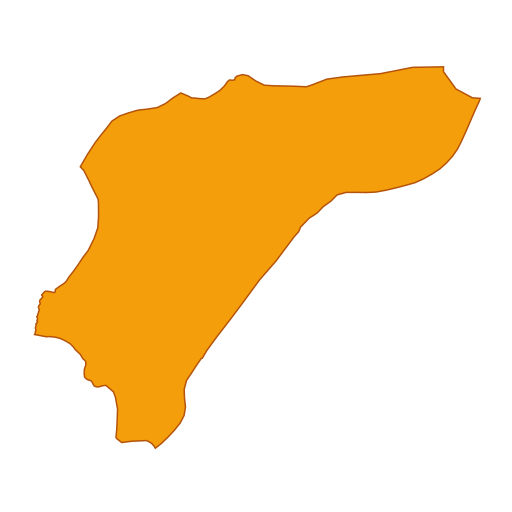 Al Musaymir, Lahij, Yemen, rotated 272°
{"feature_id": "15242507B89977564794878", "entity_name": "Al Musaymir", "entity_type": "district", "adm_level": 2, "iso_a3": "YEM", "parent_name": "Yemen", "parent_adm1": "Lahij", "projection": "natural_earth1", "projection_center": [44.562, 13.43], "detail": "fine", "context": "isolated", "style": "filled", "palette": "amber", "viewbox_px": 512, "rotation_deg": 272, "n_neighbors": 0, "source": "geoboundaries", "source_scale": "gbopen_adm2", "svg_char_len": 3692}
<svg xmlns="http://www.w3.org/2000/svg" viewBox="0 0 512 512"><g transform="rotate(272 256 256)"><path d="M60.4,162.1L65.0,167.6L71.4,173.9L78.6,180.2L86.2,185.9L94.1,189.7L102.7,190.8L111.5,189.5L120.2,188.9L129.2,190.9L136.5,195.5L144.1,200.0L151.6,204.8L152.0,205.9L159.8,210.1L174.8,220.3L191.3,232.2L207.5,243.5L232.4,260.5L252.0,276.4L276.1,293.1L281.8,297.8L286.4,299.5L295.5,307.6L301.1,315.6L307.8,321.6L313.4,328.9L319.9,334.9L322.7,343.9L323.1,354.0L323.3,364.0L324.1,373.7L326.3,383.7L329.0,393.5L331.8,403.0L334.8,412.3L339.0,420.8L343.8,428.6L349.4,436.6L355.9,443.3L362.7,449.0L370.0,453.7L378.0,457.4L386.5,460.9L394.8,464.2L402.8,467.3L411.1,470.6L419.1,474.0L421.4,474.6L421.6,466.9L429.3,451.2L429.8,450.1L446.8,436.9L451.6,436.8L450.0,405.8L442.6,374.1L438.0,336.7L435.2,320.5L434.2,318.3L428.6,305.1L426.9,300.5L426.9,298.4L427.0,288.1L426.9,278.2L426.7,268.0L427.0,258.3L430.9,249.7L435.9,241.8L436.8,236.1L435.1,230.7L433.5,229.0L431.3,228.5L430.8,226.0L431.0,223.3L429.1,221.3L424.7,218.4L420.2,214.1L416.5,208.9L415.6,207.4L413.0,203.3L411.3,199.6L411.3,194.9L411.7,189.5L411.7,186.2L413.4,182.8L416.3,175.2L411.0,167.3L405.3,160.4L400.9,152.1L399.0,142.3L397.6,132.7L394.6,123.6L391.2,114.9L385.9,107.4L378.3,102.0L371.0,96.5L363.7,91.3L351.8,84.1L339.0,77.3L335.5,80.9L335.4,81.0L324.4,87.0L319.4,89.5L308.1,95.8L307.3,96.2L303.8,96.7L289.9,97.3L278.6,96.9L267.8,93.6L255.5,88.0L248.9,83.3L242.3,79.3L235.3,74.8L228.7,69.9L223.4,66.8L223.3,66.6L221.8,64.9L220.7,63.5L220.1,62.5L219.7,61.9L219.0,61.0L218.0,59.7L216.7,58.1L216.0,57.2L215.6,56.7L215.0,56.6L214.5,56.6L214.0,56.6L213.9,56.6L213.4,56.6L212.7,56.2L212.5,55.9L212.4,55.5L212.5,55.1L212.6,54.6L213.4,50.0L213.3,49.3L213.5,48.6L213.5,47.6L213.5,47.0L213.3,46.6L213.1,46.2L212.7,45.8L212.4,45.5L211.9,45.0L211.5,44.7L210.9,44.3L210.5,44.0L210.1,43.6L209.9,43.4L209.8,43.2L209.5,43.2L209.4,43.2L209.1,43.3L208.5,43.9L208.2,44.2L207.9,44.3L207.6,44.2L206.9,43.8L206.5,43.5L206.3,43.2L205.8,42.9L205.5,42.5L204.9,42.0L204.4,41.7L204.0,41.4L203.5,41.4L202.8,41.4L202.0,41.6L201.4,41.8L200.8,42.1L200.2,41.8L199.7,41.4L199.2,41.0L198.7,40.6L197.9,40.4L197.5,40.3L197.0,40.4L196.2,40.6L195.7,40.9L195.2,41.1L194.6,41.2L194.2,41.3L193.8,41.3L193.4,40.9L192.9,40.7L192.4,40.6L191.7,40.5L190.7,40.2L190.2,40.0L189.7,39.9L189.3,39.9L188.7,39.7L188.4,39.5L188.0,39.3L187.8,39.1L187.6,39.0L187.3,39.1L187.1,39.4L186.8,39.7L186.6,39.8L185.9,39.8L185.4,39.8L184.9,39.6L184.5,39.5L184.1,39.5L183.8,39.4L183.5,39.7L183.4,39.8L183.1,39.8L182.7,39.7L182.4,39.4L182.2,39.4L181.9,39.4L181.7,39.5L181.4,39.4L181.2,39.2L180.8,38.7L180.5,38.5L180.3,38.4L180.0,38.4L179.8,38.5L179.5,38.6L179.2,38.7L178.8,38.7L178.4,38.6L178.0,38.5L177.4,38.3L177.0,38.1L176.6,38.0L175.7,38.2L175.3,38.3L174.8,38.4L174.3,38.6L174.0,38.7L173.5,38.5L173.1,38.2L172.8,38.1L172.5,38.1L172.2,38.2L171.5,38.2L169.8,37.4L167.9,49.8L168.2,50.7L168.2,52.9L168.1,54.1L168.1,55.8L167.7,59.3L166.7,63.2L165.4,66.6L163.6,70.2L161.8,73.4L158.9,76.5L157.7,77.5L156.5,78.3L154.3,80.7L152.1,83.3L150.0,84.9L148.7,85.7L147.4,86.4L146.8,87.3L146.1,88.2L145.6,88.5L144.7,89.4L143.7,89.6L142.6,89.7L141.0,89.7L138.5,88.9L136.5,88.4L134.2,88.4L132.5,88.4L130.9,88.6L130.1,88.7L129.1,88.9L127.5,90.4L126.7,91.7L126.2,92.9L126.2,93.9L125.1,95.9L124.6,96.3L124.3,96.6L123.0,97.3L121.7,98.0L120.6,98.8L120.2,99.5L119.7,100.9L119.7,102.3L119.7,103.7L120.4,105.2L120.7,106.5L121.3,108.7L121.4,110.2L121.4,110.6L115.3,118.2L110.8,120.1L110.1,120.4L98.0,123.0L78.6,122.9L77.4,122.9L76.9,122.8L69.7,122.4L68.3,123.6L64.9,128.3L65.7,133.0L66.6,139.0L67.7,152.6L67.0,154.9L65.2,158.1L62.7,160.6L61.5,161.4L60.4,162.1Z" fill="#f59e0b" stroke="#b45309" stroke-width="1.5"/></g></svg>